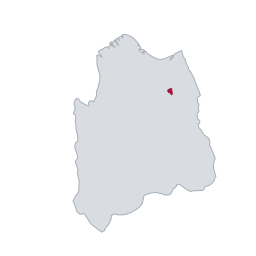 Oyun, Kwara, Nigeria (highlighted), rotated 156°
{"feature_id": "59680162B5525087107293", "entity_name": "Oyun", "entity_type": "district", "adm_level": 2, "iso_a3": "NGA", "parent_name": "Nigeria", "parent_adm1": "Kwara", "projection": "equal_earth", "projection_center": [4.677, 8.186], "detail": "fine", "context": "in_parent", "style": "filled", "palette": "rose", "viewbox_px": 256, "rotation_deg": 156, "n_neighbors": 0, "source": "geoboundaries", "source_scale": "gbopen_adm2", "svg_char_len": 4650}
<svg xmlns="http://www.w3.org/2000/svg" viewBox="0 0 256 256"><g transform="rotate(156 128 128)"><path d="M194.4,43.6L200.7,54.9L202.2,63.4L202.7,67.5L203.7,68.0L205.7,68.2L207.1,69.1L207.9,70.5L208.5,71.7L208.6,72.5L208.2,77.6L207.8,79.4L208.1,81.9L208.0,83.0L207.8,83.7L206.9,84.5L205.8,85.4L203.0,87.8L202.2,88.1L201.1,88.2L200.1,88.8L198.9,90.1L196.3,95.0L194.1,99.8L192.6,107.7L190.7,110.2L190.3,112.4L190.1,117.3L189.8,118.8L189.5,119.2L187.4,120.2L186.2,121.3L185.4,123.5L184.6,131.1L184.2,132.4L183.6,133.7L182.5,135.1L181.6,135.9L179.1,136.4L176.9,142.2L176.9,143.2L175.9,148.4L174.1,152.3L174.0,154.8L171.8,158.3L170.7,160.6L171.9,163.1L172.0,163.5L168.2,167.6L167.9,168.2L167.8,171.1L167.5,171.9L166.8,172.9L165.8,174.1L164.7,175.0L163.6,175.6L162.4,175.9L161.8,175.5L161.4,174.6L160.7,171.1L160.4,170.4L159.7,169.7L156.7,165.8L154.9,164.4L154.5,164.5L154.3,164.9L153.8,166.9L153.3,167.6L152.3,167.8L150.7,167.8L149.5,167.6L149.2,167.2L148.7,165.7L145.0,169.2L143.7,170.0L142.1,174.1L139.8,176.2L138.2,178.0L134.0,183.7L133.2,185.4L132.3,187.9L130.5,198.6L127.6,205.3L127.2,206.7L126.6,207.2L125.5,206.8L125.0,205.6L124.3,205.4L123.1,203.6L122.8,203.9L124.1,208.5L123.6,210.3L120.0,210.3L116.9,210.9L114.8,210.9L113.7,210.2L113.3,208.5L113.1,208.7L113.0,209.6L112.3,210.3L109.9,210.5L108.9,209.3L108.0,208.0L107.1,207.4L107.2,207.9L108.3,209.2L108.1,211.1L106.2,213.2L105.0,213.4L104.2,212.4L103.9,210.9L103.7,208.7L103.1,207.2L102.9,207.2L103.2,209.7L103.2,211.9L104.1,213.7L102.7,214.2L101.1,214.3L100.8,213.6L100.6,212.2L100.3,211.8L100.0,214.3L96.5,214.9L96.0,214.8L95.9,214.4L96.2,213.7L96.1,212.6L95.4,213.4L95.2,215.2L94.8,215.4L93.5,215.2L92.0,214.3L89.7,212.2L86.8,208.7L86.4,207.1L85.5,205.1L84.0,199.8L84.3,199.6L85.0,199.9L85.3,199.4L84.1,199.0L83.9,198.6L83.8,197.4L83.8,196.0L85.6,195.3L86.1,194.4L86.3,193.5L84.1,194.8L82.0,193.3L81.5,192.4L81.8,191.7L84.2,191.7L85.0,191.0L84.5,190.7L83.6,190.8L83.3,190.3L83.3,189.2L83.0,189.5L82.6,190.4L81.2,191.2L80.4,190.4L80.3,188.9L80.1,188.1L79.4,187.6L76.9,183.4L73.9,179.9L71.1,177.5L67.0,176.4L58.3,176.4L57.8,176.1L58.3,175.5L59.1,175.1L61.9,173.2L61.4,172.9L58.5,174.2L57.5,174.3L56.2,176.6L47.7,177.1L47.7,176.1L48.1,173.0L48.6,170.9L48.0,168.3L47.9,165.9L48.2,165.2L48.4,164.3L48.3,158.4L48.8,157.5L48.8,156.9L47.9,154.3L47.9,152.4L47.7,150.5L47.4,149.6L47.8,142.3L47.7,140.5L48.0,139.2L48.1,136.1L48.1,133.0L48.7,128.2L52.3,127.5L53.2,125.6L53.7,123.2L53.6,120.8L54.8,118.8L56.2,116.9L56.2,114.9L56.5,114.2L57.2,113.8L58.2,113.5L59.3,112.5L59.9,110.8L60.5,107.9L59.6,106.0L59.6,105.5L59.9,104.5L60.5,103.4L61.0,103.1L62.0,103.3L62.4,102.9L63.1,99.8L63.0,98.9L62.0,96.9L61.5,91.2L61.2,90.5L60.4,89.4L58.4,85.5L58.4,83.6L59.3,81.2L59.9,80.0L60.6,79.4L60.8,78.8L60.6,78.1L60.2,77.6L60.1,76.5L60.5,75.0L60.4,73.4L60.6,64.9L62.2,63.2L64.6,60.4L65.9,57.5L66.5,55.4L67.3,48.1L68.6,47.3L71.0,44.6L74.3,43.1L76.4,42.6L80.1,42.9L82.0,42.7L83.6,41.2L84.4,40.8L85.4,40.6L94.7,44.4L95.5,44.2L96.3,44.4L97.4,45.4L100.2,49.0L103.1,54.4L104.0,55.6L104.9,56.2L105.8,56.4L106.5,56.4L107.1,55.8L108.0,54.8L109.4,54.3L110.5,54.4L116.3,50.2L116.8,50.2L120.4,51.1L125.3,55.3L129.3,58.0L132.1,58.9L135.3,59.6L140.9,59.8L145.1,53.9L146.7,52.6L148.5,51.5L152.4,50.4L158.9,49.6L165.0,50.0L168.8,51.0L172.8,52.9L174.6,54.7L177.3,55.0L179.2,54.7L179.8,52.8L181.7,50.4L184.6,48.2L187.0,46.7L188.9,46.0L190.7,44.2L192.0,43.7L194.4,43.6ZM110.1,212.9L108.8,213.4L108.0,213.3L109.1,210.8L109.7,211.4L110.5,211.6L110.1,212.9Z" fill="#d9dde1" stroke="#a8b0b8" stroke-width="1"/><path d="M76.1,146.1L76.4,145.8L76.3,145.7L76.3,145.2L76.3,144.9L76.3,144.7L76.2,144.6L76.1,144.3L76.0,144.2L75.9,144.0L75.7,143.9L75.3,143.7L75.2,143.6L75.3,143.5L75.4,143.4L75.3,143.1L74.9,142.7L74.7,142.2L74.6,141.8L74.6,141.6L74.4,141.8L74.3,141.7L74.2,141.5L74.1,141.4L73.9,141.3L73.8,141.7L73.8,141.8L73.7,142.0L73.4,142.5L73.2,142.9L73.2,143.0L73.2,143.3L73.2,143.6L73.3,143.7L73.4,143.9L73.3,144.2L73.3,144.3L73.2,144.4L73.1,144.5L73.0,144.8L73.0,145.0L72.9,145.1L72.7,145.3L72.6,145.5L72.4,145.9L72.5,146.0L72.8,146.2L73.0,146.3L73.3,146.2L73.6,146.0L73.7,145.9L73.8,146.0L73.9,146.3L74.0,146.3L74.2,146.5L74.3,146.5L74.4,146.4L74.5,146.4L74.8,146.4L74.9,146.2L75.0,146.1L75.4,146.1L75.5,146.1L75.8,146.1L76.0,146.1L76.1,146.1ZM74.1,144.3L74.1,144.2L74.3,144.0L74.3,143.8L74.3,143.7L74.5,143.5L74.6,143.4L74.8,143.4L74.9,143.5L75.0,143.6L75.1,143.8L75.1,144.0L75.1,144.3L75.3,144.3L75.2,144.4L75.2,144.5L75.3,144.6L75.5,144.5L75.5,144.8L75.4,144.9L75.3,145.0L75.2,145.0L74.9,145.0L74.8,144.9L74.7,144.9L74.6,145.0L74.5,144.9L74.4,144.9L74.2,144.7L74.1,144.3Z" fill="#f43f5e" stroke="#9f1239" stroke-width="1.5"/></g></svg>